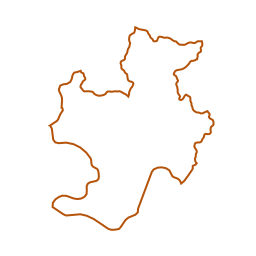 an SVG outline of Borski, rotated 169°
{"feature_id": "SRB-125", "entity_name": "Borski", "entity_type": "District", "adm_level": 1, "iso_a3": "SRB", "parent_name": "Republic of Serbia", "parent_adm1": "", "projection": "natural_earth1", "projection_center": [22.104, 44.305], "detail": "fine", "context": "isolated", "style": "outline", "palette": "amber", "viewbox_px": 256, "rotation_deg": 169, "n_neighbors": 0, "source": "natural_earth", "source_scale": "10m", "svg_char_len": 5791}
<svg xmlns="http://www.w3.org/2000/svg" viewBox="0 0 256 256"><g transform="rotate(169 128 128)"><path d="M204.1,145.3L196.4,148.5L194.8,150.0L192.1,154.1L189.2,157.2L188.7,157.5L188.5,158.9L188.7,160.1L189.1,160.8L189.3,160.8L187.5,167.5L187.1,170.1L187.3,172.3L188.5,177.1L188.5,179.1L186.4,182.6L183.2,183.2L179.5,183.0L175.9,184.2L173.8,187.0L172.4,190.3L170.4,192.6L166.4,192.7L163.6,193.2L163.4,192.0L163.1,191.3L162.7,191.0L161.8,190.5L161.4,190.2L161.3,189.9L161.2,189.4L161.3,187.8L161.3,187.4L160.7,185.9L160.5,185.1L160.5,184.3L160.6,184.0L161.1,183.5L161.7,183.2L162.9,182.7L163.6,182.1L164.6,180.7L165.5,179.9L166.0,179.2L166.4,178.6L166.8,177.5L166.8,177.1L166.6,176.7L165.7,175.1L165.0,173.5L164.5,172.8L164.2,172.5L163.5,172.2L161.2,171.9L159.4,171.5L157.5,170.9L156.4,170.5L155.7,170.0L155.4,169.7L154.7,168.1L154.0,167.4L153.6,167.0L151.6,165.7L151.1,165.5L150.3,165.2L148.9,165.0L147.6,165.0L146.2,165.0L145.0,165.2L143.5,165.8L143.1,166.2L142.1,167.2L141.7,167.4L141.2,167.6L140.6,167.6L139.5,167.5L137.5,166.8L136.9,166.7L133.5,166.5L132.9,166.3L131.5,165.9L129.8,165.8L129.4,165.7L128.5,165.3L128.0,164.9L125.4,162.7L123.7,161.4L122.7,160.2L121.7,158.8L120.8,160.3L120.4,161.5L120.1,162.6L119.9,163.1L119.6,163.6L118.6,165.0L117.9,166.1L117.2,166.8L116.2,167.5L115.9,167.8L114.5,169.9L114.3,170.3L114.3,170.9L114.4,171.5L114.9,172.1L115.7,172.7L117.6,173.6L118.3,174.3L118.6,174.7L118.8,175.3L118.9,176.6L118.8,178.7L118.7,180.2L118.6,180.6L118.7,180.9L118.9,181.2L120.0,182.4L120.3,182.9L120.9,184.8L121.0,185.2L121.2,185.5L122.5,186.8L122.8,187.2L123.0,187.6L123.0,188.7L122.6,190.3L122.6,190.8L122.9,192.5L122.9,193.0L122.8,193.5L122.5,194.1L122.2,194.5L121.8,194.8L121.1,195.1L119.1,195.5L118.5,195.8L118.2,196.0L117.9,196.4L117.7,196.8L117.4,198.3L117.2,198.8L116.9,199.3L116.5,199.8L115.1,201.2L114.7,201.7L114.1,202.8L113.6,204.2L113.3,204.9L112.7,205.8L111.5,207.1L111.1,207.6L110.6,209.0L109.9,210.4L109.8,210.8L109.8,211.3L110.1,213.1L110.1,214.4L110.0,215.0L109.6,216.2L109.0,217.8L108.7,218.2L108.4,218.5L108.1,218.7L105.9,219.7L104.1,220.2L103.7,220.4L103.5,220.7L102.2,223.4L101.7,225.4L99.8,224.2L98.5,223.0L92.8,220.8L91.8,220.3L90.9,219.6L90.6,219.2L90.4,218.7L90.2,217.2L89.9,216.3L89.1,215.1L89.0,214.8L88.9,214.4L88.9,213.4L88.7,212.9L88.5,212.4L87.4,211.0L87.0,210.5L86.6,209.0L86.4,208.6L86.1,208.2L85.8,208.1L85.4,208.0L84.3,207.9L83.4,207.9L83.1,208.0L82.7,208.3L81.7,210.0L80.8,211.2L80.5,211.4L80.0,211.6L79.5,211.6L77.3,210.9L76.0,210.0L75.2,209.7L73.0,209.4L71.9,209.2L71.5,209.0L69.5,207.8L69.2,207.6L67.6,205.8L66.6,204.8L65.9,204.4L64.4,203.8L64.0,203.5L63.5,202.5L62.9,201.6L61.8,200.3L61.4,200.0L61.1,199.9L59.1,199.4L57.1,198.9L56.6,198.9L55.4,199.1L52.8,200.0L51.4,200.1L50.7,200.1L49.5,199.9L47.7,199.0L46.9,198.7L46.3,198.7L45.8,198.8L43.7,199.6L43.1,199.8L42.2,199.7L38.9,199.0L39.0,196.4L39.2,195.4L39.3,194.9L39.7,194.4L40.8,193.5L41.1,193.3L41.3,192.9L41.4,192.5L41.6,189.9L41.8,189.3L42.1,189.0L42.4,188.8L43.3,188.6L44.1,188.3L44.6,188.0L45.4,187.2L45.7,186.8L45.8,186.4L45.9,185.2L46.0,184.8L47.1,182.3L47.9,182.2L49.9,181.6L50.5,181.5L52.4,181.7L53.0,181.7L53.7,181.5L54.2,181.2L54.8,180.7L56.0,179.3L56.5,179.0L58.4,177.6L60.3,176.5L62.4,175.7L63.5,175.4L64.2,175.4L69.2,175.4L70.3,175.1L71.0,174.7L71.5,174.1L72.5,172.8L72.7,172.4L72.8,172.1L72.7,171.7L72.5,171.3L71.2,170.1L70.8,169.4L70.7,168.8L70.4,166.9L69.9,165.1L69.9,164.8L70.1,164.5L70.4,164.1L71.3,163.4L71.8,162.9L72.1,162.3L72.3,161.8L72.3,161.3L72.3,160.8L72.1,160.1L71.9,158.9L71.9,156.7L72.0,155.7L72.4,153.9L72.3,152.8L72.1,151.9L71.4,150.5L71.0,149.4L71.0,148.9L71.1,148.5L72.0,147.4L72.1,147.1L72.2,146.8L72.2,146.5L71.9,146.0L71.3,145.6L70.7,145.4L69.9,145.5L69.1,145.8L68.3,146.3L66.6,148.3L65.5,149.3L65.1,149.6L64.8,149.6L64.5,149.6L64.1,149.3L62.9,148.0L61.4,146.9L61.2,146.5L61.1,146.1L61.1,145.1L61.5,143.3L61.5,142.6L61.5,142.0L61.0,140.2L61.1,139.6L61.3,138.5L61.3,138.0L60.8,136.3L60.9,134.7L60.8,134.2L60.4,133.1L60.0,132.4L58.3,130.7L57.7,130.3L56.8,129.9L55.8,129.7L55.1,129.4L54.1,128.7L53.7,128.4L53.2,128.3L52.0,128.2L51.5,128.3L48.9,129.0L46.8,129.4L46.3,128.2L45.4,126.5L45.3,126.0L45.3,125.5L45.5,125.1L46.1,124.2L46.3,123.7L46.4,123.2L46.3,122.8L46.0,122.2L45.5,121.5L43.9,120.3L43.4,119.7L43.2,119.3L43.0,118.8L43.0,117.5L43.1,116.3L43.2,115.7L43.5,115.1L43.9,114.5L44.4,114.2L45.6,113.6L46.5,112.8L46.7,112.4L47.0,111.8L47.2,111.2L47.4,108.7L47.5,108.1L47.6,107.7L47.9,107.4L48.2,107.1L48.8,106.8L49.7,106.6L50.8,106.7L52.8,107.4L53.4,107.4L53.7,107.2L54.0,107.0L54.5,106.4L55.5,104.3L56.9,103.1L57.3,102.5L58.0,101.4L58.7,100.7L59.2,100.4L60.0,100.2L60.6,100.2L62.5,100.5L64.2,100.5L64.9,100.2L65.2,99.9L65.5,99.5L66.2,97.7L66.4,97.3L66.4,96.8L65.9,95.2L65.1,93.4L65.0,92.4L65.0,91.9L65.2,91.0L65.4,90.7L66.1,89.8L66.5,89.1L66.8,87.5L67.1,86.7L68.0,85.4L68.2,84.8L68.2,83.6L68.3,82.9L68.2,82.2L68.0,81.6L67.3,80.3L67.8,79.8L68.8,79.1L69.8,78.8L70.9,78.7L71.5,78.5L71.8,78.1L71.9,77.7L72.0,76.7L72.0,76.2L72.3,75.7L73.0,74.8L74.6,73.1L76.0,71.9L77.7,70.1L83.0,65.2L86.4,63.3L87.0,66.1L88.0,67.9L89.9,69.5L91.9,70.6L93.6,72.1L95.5,78.6L98.6,81.4L102.6,83.0L106.5,83.4L110.8,82.4L113.1,80.2L133.5,46.9L134.5,43.3L137.2,41.5L144.6,40.0L148.1,38.1L154.3,31.9L156.2,30.6L160.6,30.7L163.9,31.3L166.6,32.8L179.0,45.2L185.2,49.7L191.2,52.4L205.4,53.9L208.0,55.7L217.1,64.8L216.0,68.9L212.9,71.8L208.9,73.5L205.4,74.1L201.5,73.2L195.0,69.3L191.3,67.9L187.5,67.7L184.0,68.7L181.3,71.0L180.3,74.8L179.7,78.7L178.2,80.9L175.9,81.9L169.6,82.1L168.0,82.6L166.7,83.6L165.9,85.8L165.5,88.8L165.4,91.8L166.0,93.6L169.8,96.8L170.6,98.3L170.7,100.0L170.3,103.6L170.5,105.4L173.7,111.9L178.5,117.9L184.5,122.5L191.4,125.4L198.8,126.3L202.2,127.8L203.6,130.9L202.9,141.8L203.9,145.2L204.1,145.3Z" fill="none" stroke="#b45309" stroke-width="2"/></g></svg>